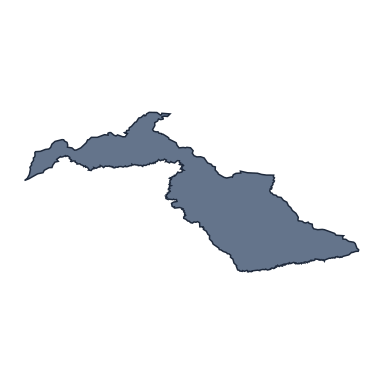 Muak Lek, Lop Buri, Thailand, rotated 91°
{"feature_id": "78962969B19510908422026", "entity_name": "Muak Lek", "entity_type": "district", "adm_level": 2, "iso_a3": "THA", "parent_name": "Thailand", "parent_adm1": "Lop Buri", "projection": "equal_earth", "projection_center": [101.32, 14.773], "detail": "fine", "context": "isolated", "style": "filled", "palette": "slate", "viewbox_px": 384, "rotation_deg": 91, "n_neighbors": 0, "source": "geoboundaries", "source_scale": "gbopen_adm2", "svg_char_len": 6070}
<svg xmlns="http://www.w3.org/2000/svg" viewBox="0 0 384 384"><g transform="rotate(91 192 192)"><path d="M183.4,359.6L181.6,355.3L176.5,346.6L175.3,341.3L172.9,340.1L170.2,335.4L170.0,332.4L167.5,331.6L164.5,329.5L163.7,326.2L161.7,327.9L158.9,324.2L159.4,323.7L159.1,321.8L157.9,319.1L158.6,318.8L158.0,317.3L159.5,314.8L160.7,315.2L161.9,313.2L163.5,313.8L163.7,313.0L163.0,311.5L163.2,309.3L164.3,309.2L164.9,307.7L166.1,307.5L165.7,304.6L166.5,303.9L167.6,301.0L168.5,300.8L167.9,299.0L169.1,298.7L168.9,297.7L169.4,296.8L171.4,295.3L171.9,295.8L172.3,293.2L170.7,292.0L170.4,290.4L169.2,290.7L170.0,288.3L168.4,285.4L168.7,284.6L167.5,284.3L167.9,284.1L167.5,283.4L167.8,282.5L169.1,280.8L167.6,279.2L167.8,277.1L167.4,274.8L168.0,274.4L167.9,272.6L168.5,272.3L168.2,271.6L169.1,271.1L169.2,269.5L168.4,268.8L168.6,266.4L167.9,266.0L167.7,263.4L168.3,261.3L167.2,259.0L167.9,258.5L167.7,256.8L166.7,254.5L166.8,253.3L166.2,252.4L165.3,252.5L166.0,251.4L165.5,249.5L165.9,248.8L166.0,246.5L166.6,246.2L166.2,243.5L167.3,241.7L166.1,241.1L166.2,238.5L165.1,236.8L165.3,235.3L164.0,234.6L164.4,232.6L163.7,231.6L164.1,230.9L163.1,230.4L163.7,229.4L162.3,228.7L162.0,227.3L160.1,226.0L161.3,224.1L160.6,222.9L160.6,221.1L159.6,220.2L160.5,218.2L162.1,219.0L161.9,218.1L163.3,215.0L161.9,213.7L162.6,212.7L163.3,209.9L160.9,207.1L161.0,205.1L162.4,205.2L163.2,203.9L164.7,205.1L165.0,204.1L164.4,202.4L165.2,201.3L165.6,202.1L166.0,201.4L166.6,202.6L167.7,202.4L167.6,203.0L169.2,204.0L169.4,202.1L170.3,200.8L170.3,202.3L171.2,202.0L172.2,202.6L172.9,205.3L172.3,206.4L175.7,208.7L175.6,209.4L176.2,209.6L175.9,210.1L176.7,210.4L177.0,212.1L178.2,212.4L178.1,213.7L178.5,213.5L178.8,214.6L179.8,213.1L181.3,214.4L183.3,213.8L183.5,214.6L184.4,214.4L185.0,215.0L186.0,212.9L186.5,214.5L187.9,214.9L188.5,214.2L189.2,215.6L190.1,215.7L190.7,214.3L191.8,213.8L192.5,215.4L193.3,215.3L193.5,216.6L194.8,216.6L195.2,217.8L196.4,217.5L196.6,218.3L197.7,217.0L198.0,218.0L199.0,217.9L199.9,215.8L199.5,215.7L200.0,211.1L199.5,210.2L200.1,209.2L199.8,207.4L201.7,206.8L202.4,210.2L203.7,212.3L206.7,211.6L207.4,210.1L207.2,209.4L208.0,209.6L208.4,208.9L207.7,203.9L208.6,201.6L209.2,201.8L209.1,200.8L209.8,201.2L210.7,199.6L212.0,200.0L212.7,198.9L214.9,199.0L214.8,198.3L215.4,197.9L217.2,199.9L218.5,199.8L219.4,197.6L221.1,195.7L221.3,194.2L222.6,193.0L223.1,191.1L221.9,189.4L222.2,187.5L221.5,186.0L222.6,183.9L226.7,183.6L226.6,180.4L227.4,180.6L227.9,179.5L229.2,179.9L231.0,176.9L234.1,175.3L235.2,173.7L238.7,173.7L241.3,171.0L243.8,169.9L247.5,164.3L249.1,163.7L249.4,162.0L250.9,159.8L252.0,156.4L253.1,155.6L253.2,153.9L254.6,152.2L256.6,152.4L258.4,149.9L262.3,148.8L264.9,146.1L265.5,146.4L269.1,145.0L269.5,143.3L270.1,143.0L270.5,140.3L269.7,139.9L270.4,138.2L269.4,135.7L269.9,134.9L270.8,135.0L270.9,134.1L270.2,132.8L270.7,131.5L270.3,130.4L269.8,130.5L269.0,125.0L269.5,122.8L268.9,122.7L268.2,120.0L268.4,117.7L267.8,117.0L268.7,115.2L267.9,112.0L267.4,112.2L266.6,110.8L267.1,109.0L266.8,108.1L266.3,108.2L265.8,106.7L265.4,107.2L264.5,106.1L264.9,105.2L264.6,105.6L264.6,104.8L264.0,104.8L265.0,103.5L264.1,102.5L264.4,101.0L263.7,101.6L263.5,100.8L262.9,100.9L263.3,100.6L262.9,99.7L263.5,99.8L263.4,98.2L262.6,98.0L263.1,97.2L262.2,96.7L262.4,96.2L261.8,94.9L262.2,94.2L261.0,93.5L261.6,92.9L260.9,92.5L261.8,92.6L261.8,91.9L260.6,89.3L261.0,87.3L261.5,87.8L262.0,86.9L261.6,86.3L262.0,84.7L261.4,83.9L261.8,83.4L261.0,81.7L261.7,81.3L261.1,80.9L261.1,78.9L260.5,78.6L260.7,78.2L260.2,78.4L259.9,76.9L260.7,75.4L259.5,74.4L259.8,73.5L258.8,72.7L258.8,71.4L258.2,71.6L258.4,69.0L257.7,67.9L256.8,67.7L257.3,63.5L257.7,63.8L257.9,63.0L257.7,61.1L257.4,60.9L258.0,60.0L257.6,59.5L258.9,58.4L257.7,58.2L255.8,53.6L255.9,52.3L255.1,50.7L255.6,50.1L255.0,48.9L255.5,48.2L255.1,47.3L254.4,47.3L254.0,45.4L254.6,45.1L254.4,44.2L254.9,43.4L254.4,42.4L254.7,42.4L254.5,40.7L253.7,39.9L252.1,34.1L249.5,31.2L249.7,30.5L248.5,27.2L248.4,24.8L247.4,24.4L246.7,24.4L245.4,26.1L240.7,27.9L239.4,29.4L238.6,34.5L236.6,37.4L236.5,40.2L234.2,40.7L233.1,39.7L232.7,47.2L230.9,48.7L227.4,58.9L227.1,61.1L227.5,65.6L226.7,69.6L225.0,70.9L222.1,71.2L221.3,74.4L220.1,75.3L221.0,77.9L220.6,79.7L219.4,81.1L218.9,85.2L218.0,85.6L215.4,85.3L211.5,87.7L208.7,91.4L205.9,93.0L204.0,95.4L200.5,97.0L198.8,100.4L195.9,102.8L195.4,106.5L193.9,107.7L193.3,110.7L191.7,112.1L191.7,113.0L189.6,114.3L187.8,113.9L187.7,112.6L187.1,112.4L186.8,113.2L185.9,112.2L185.2,112.9L183.2,111.2L181.6,111.5L181.1,110.6L179.5,109.8L178.7,111.0L176.4,109.8L175.5,110.9L173.7,110.6L173.8,117.7L173.2,122.8L172.1,126.8L171.8,136.8L170.3,144.0L172.2,143.6L172.6,148.4L174.0,151.0L176.5,151.9L176.2,152.6L177.4,157.5L176.8,160.2L173.6,166.0L172.3,166.5L169.6,169.2L166.5,169.1L165.8,172.0L164.0,173.1L162.7,176.9L157.7,180.5L156.6,184.0L156.8,187.8L155.7,190.6L153.2,192.4L150.7,191.6L147.8,194.2L147.4,198.0L147.9,199.1L147.6,201.6L148.1,205.7L145.5,207.8L143.0,208.7L139.5,216.0L138.4,216.2L137.3,217.6L134.6,222.2L134.8,223.2L134.1,223.6L133.8,226.1L132.4,227.0L132.5,229.0L131.9,231.3L130.3,232.5L126.3,230.3L123.3,230.5L121.7,227.7L119.6,226.8L120.2,224.6L119.7,222.2L118.8,222.1L117.9,223.4L117.3,223.3L116.7,220.9L116.9,217.8L114.3,215.3L113.8,223.5L115.2,223.9L115.6,224.9L113.1,228.5L113.1,236.2L114.6,238.7L116.4,239.6L116.6,240.6L115.9,240.9L115.9,241.6L118.3,244.1L119.0,246.6L122.8,248.8L123.3,250.2L127.5,253.7L128.8,255.8L131.3,256.1L131.7,258.4L133.3,258.7L133.8,260.6L134.4,259.9L134.7,257.6L137.9,259.7L138.0,262.2L136.2,267.4L137.3,269.0L136.6,271.0L134.0,274.2L134.1,275.9L134.8,277.1L136.6,276.9L136.2,280.5L139.0,287.6L139.1,293.6L141.5,296.0L141.7,297.3L144.5,298.5L149.8,303.9L152.0,308.3L152.2,310.2L150.0,312.8L149.4,317.3L147.1,317.1L144.6,317.8L143.3,320.4L142.0,321.2L141.9,322.9L143.8,329.8L146.6,332.9L149.9,334.1L151.5,335.9L152.0,339.4L154.0,344.3L154.4,349.1L155.3,349.8L158.3,349.6L159.8,350.0L160.7,351.2L163.2,351.0L166.3,353.2L167.8,352.8L170.1,354.5L172.0,353.9L177.3,354.9L181.2,356.9L183.4,359.6Z" fill="#64748b" stroke="#1e293b" stroke-width="1.5"/></g></svg>